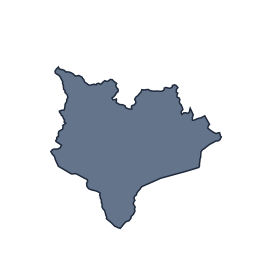 Santa Leopoldina, Espírito Santo, Brazil (orthographic projection), rotated 63°
{"feature_id": "56859067B80837688961366", "entity_name": "Santa Leopoldina", "entity_type": "district", "adm_level": 2, "iso_a3": "BRA", "parent_name": "Brazil", "parent_adm1": "Espírito Santo", "projection": "orthographic", "projection_center": [-40.564, -20.108], "detail": "fine", "context": "isolated", "style": "filled", "palette": "slate", "viewbox_px": 256, "rotation_deg": 63, "n_neighbors": 0, "source": "geoboundaries", "source_scale": "gbopen_adm2", "svg_char_len": 3667}
<svg xmlns="http://www.w3.org/2000/svg" viewBox="0 0 256 256"><g transform="rotate(63 128 128)"><path d="M213.9,180.5L213.0,178.3L212.1,176.4L211.3,174.6L210.7,172.8L210.7,171.1L211.1,169.5L210.4,167.6L209.5,166.1L208.2,165.4L207.8,163.8L207.4,162.5L206.6,161.4L205.2,159.5L202.9,158.9L201.7,157.5L199.7,157.7L197.7,157.6L196.3,156.2L195.7,154.7L194.1,154.7L192.9,154.3L191.8,153.0L191.5,151.1L189.8,149.4L188.8,147.4L188.0,145.1L187.1,143.8L186.5,142.1L187.6,121.7L192.5,98.1L192.8,96.7L195.3,82.8L194.1,81.4L192.5,80.7L191.0,79.6L189.5,78.6L188.2,77.8L187.2,76.6L185.4,75.6L183.8,74.7L182.2,73.6L181.2,71.5L180.9,68.8L180.3,66.3L180.0,64.6L179.7,62.8L179.6,60.9L179.6,58.3L179.5,55.8L180.4,53.5L180.2,51.4L178.3,48.9L176.8,49.3L175.4,48.8L173.8,48.5L173.1,50.3L173.1,51.8L171.8,53.0L169.9,54.2L168.2,55.2L166.6,56.0L164.3,57.0L162.6,55.6L161.8,53.7L152.0,54.1L152.0,56.4L152.0,58.4L151.5,60.4L151.2,62.0L151.1,63.8L151.0,65.6L150.4,67.0L149.1,66.6L147.5,65.5L145.9,63.9L138.6,63.6L139.9,64.8L141.5,65.8L142.2,68.1L140.7,69.5L139.8,71.5L140.4,73.7L138.7,73.8L137.3,72.9L136.6,70.8L135.2,70.4L133.3,70.3L131.5,70.1L129.9,70.7L127.9,70.4L126.3,68.9L124.4,68.8L122.8,70.3L120.8,69.4L119.6,67.8L117.9,68.7L115.5,67.3L114.7,65.2L113.2,65.5L111.9,65.9L110.6,67.0L110.3,69.1L111.5,70.0L111.8,71.6L111.3,73.3L110.1,74.6L109.0,76.0L108.9,77.6L110.6,78.7L110.6,81.2L109.8,82.9L108.7,84.6L107.6,86.8L106.5,89.0L104.7,91.4L103.0,92.3L102.1,94.3L101.4,96.4L100.1,98.3L101.7,99.8L102.4,101.7L103.0,103.1L103.7,105.0L104.1,107.1L105.5,109.1L108.1,109.1L109.5,110.0L110.2,112.1L109.9,114.5L111.1,115.6L112.8,116.0L112.0,117.8L111.1,119.0L110.1,119.8L108.7,120.9L107.2,120.5L105.8,121.3L104.5,122.7L103.3,124.8L101.4,125.9L100.1,127.0L98.3,125.8L96.9,125.2L96.8,126.8L96.1,128.6L94.0,128.7L93.7,126.6L92.7,124.1L91.5,122.6L91.2,120.6L90.1,119.6L88.8,119.2L87.3,119.7L85.6,119.9L84.3,119.5L83.1,117.8L81.1,118.9L79.3,119.7L77.7,120.1L76.7,121.8L77.2,124.3L76.8,125.8L75.3,127.2L75.7,129.3L76.3,130.9L76.6,132.6L74.8,133.8L74.4,135.5L75.0,136.7L73.8,138.1L73.1,139.9L72.9,142.0L71.7,143.6L69.8,144.4L68.2,145.4L66.6,145.8L64.7,145.4L63.3,146.0L62.0,145.8L60.5,146.8L58.9,147.9L58.4,150.0L57.3,151.7L55.6,152.0L54.1,152.8L52.7,153.8L51.6,154.9L50.5,156.4L49.8,158.0L48.0,158.4L46.7,159.5L45.5,160.9L44.1,162.5L42.1,162.3L42.9,164.9L44.2,167.2L45.9,167.8L47.5,167.1L49.0,166.1L50.6,165.4L52.7,165.1L54.2,165.3L55.8,165.1L57.3,165.2L58.5,166.1L60.2,166.2L62.6,167.1L64.4,167.8L65.8,167.1L67.8,168.0L70.1,167.2L71.8,167.3L73.6,167.7L74.8,169.6L76.5,170.5L77.3,171.7L78.2,173.2L80.3,174.5L81.8,175.6L83.0,176.8L82.0,179.4L81.8,181.5L83.1,181.9L84.9,181.3L86.2,181.7L87.4,181.0L88.8,181.0L90.3,181.1L92.1,181.0L93.8,182.2L95.4,181.3L95.8,183.0L96.1,184.9L98.1,185.7L99.5,187.0L99.4,189.1L99.6,191.1L101.0,192.4L102.3,193.0L103.7,193.6L104.1,195.8L105.8,196.8L106.6,198.3L107.9,198.0L109.2,197.3L111.0,196.2L113.1,195.0L114.9,197.6L114.8,199.2L114.7,200.7L114.0,201.9L113.1,203.8L113.1,205.5L114.0,207.5L115.5,207.3L117.3,207.3L118.9,206.6L120.5,206.6L123.5,207.1L125.5,207.2L130.5,207.4L143.1,199.4L144.0,197.8L144.4,196.4L145.2,195.1L146.3,194.2L147.4,193.5L148.5,192.6L149.7,191.9L151.1,190.9L152.8,189.8L154.4,188.5L155.5,187.7L157.2,188.2L158.5,190.0L161.3,191.1L163.9,190.7L165.4,189.7L166.5,188.6L167.4,187.6L168.6,186.2L169.7,184.9L171.7,183.3L173.5,182.4L174.9,183.7L176.8,184.0L178.3,184.5L179.8,184.3L181.0,184.9L182.3,185.6L184.1,185.6L186.3,186.9L188.6,187.0L190.3,186.5L191.7,186.4L193.6,186.8L195.5,187.3L197.7,187.4L199.0,188.4L200.7,187.7L202.4,186.9L204.4,186.0L207.2,185.1L209.3,184.5L212.3,182.1L213.9,180.5Z" fill="#64748b" stroke="#1e293b" stroke-width="1.5"/></g></svg>